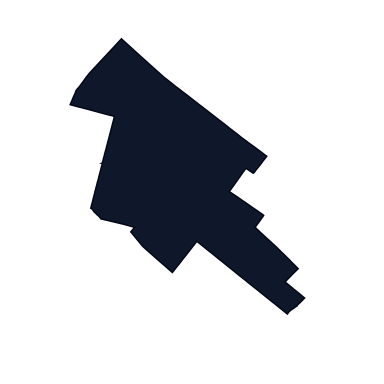 the district of Perisoru, Calarasi, Romania, rotated 128°
{"feature_id": "2599482B98819823315951", "entity_name": "Perisoru", "entity_type": "district", "adm_level": 2, "iso_a3": "ROU", "parent_name": "Romania", "parent_adm1": "Calarasi", "projection": "mercator", "projection_center": [27.524, 44.441], "detail": "fine", "context": "isolated", "style": "filled", "palette": "ink", "viewbox_px": 384, "rotation_deg": 128, "n_neighbors": 0, "source": "geoboundaries", "source_scale": "gbopen_adm2", "svg_char_len": 4832}
<svg xmlns="http://www.w3.org/2000/svg" viewBox="0 0 384 384"><g transform="rotate(128 192 192)"><path d="M183.0,345.9L184.5,345.5L185.9,345.0L187.0,344.7L188.4,344.4L190.8,343.8L192.7,343.2L194.7,342.7L198.2,341.8L197.4,339.9L196.1,336.8L194.6,333.3L194.5,333.2L194.4,333.0L192.5,328.5L190.9,324.9L190.5,323.9L182.8,305.6L181.0,301.7L180.6,300.6L180.2,299.6L180.3,299.6L197.5,292.1L205.4,288.7L207.3,287.9L209.3,287.0L211.1,286.2L213.8,285.1L214.2,284.9L215.6,284.4L216.4,284.0L216.9,283.7L220.1,282.4L222.0,281.5L223.7,280.8L224.4,280.5L224.5,280.5L224.8,280.7L224.6,280.3L225.7,279.8L227.9,278.9L228.7,278.5L230.7,277.6L231.5,277.3L235.2,275.7L236.8,275.0L237.8,274.6L238.1,274.4L240.6,273.3L243.4,272.2L244.8,271.5L246.2,270.9L247.3,270.5L249.2,269.6L250.0,269.3L250.8,269.0L251.7,268.6L252.4,268.2L254.0,267.5L254.6,267.3L256.3,266.5L257.9,265.8L259.8,265.0L261.6,264.1L262.7,263.7L263.7,263.3L265.0,262.7L267.1,261.8L267.0,261.4L267.0,261.2L266.9,260.5L266.9,260.4L267.0,260.2L267.1,259.8L267.4,258.5L267.8,257.3L268.0,256.7L268.0,256.2L268.1,254.7L268.2,254.0L268.4,252.4L268.4,251.4L268.5,250.5L268.6,249.8L268.6,249.3L268.7,249.1L268.8,248.8L268.9,248.4L269.0,248.1L269.1,247.7L269.3,247.3L263.4,234.5L259.6,226.2L255.2,215.5L261.1,215.7L265.2,197.3L265.3,195.4L265.5,193.1L266.4,178.0L267.5,157.9L267.4,157.9L265.2,157.9L263.5,157.9L262.1,157.9L259.9,157.9L258.5,157.9L256.9,157.8L255.4,157.8L254.4,157.8L253.2,157.8L250.5,157.9L248.4,157.9L247.1,157.8L243.2,157.8L241.6,157.8L240.0,157.8L237.5,157.8L235.7,157.8L232.9,157.8L230.8,157.8L227.9,157.8L227.9,156.9L227.9,156.1L228.0,148.3L228.1,142.0L228.1,138.2L228.2,133.0L228.3,130.4L228.3,128.5L228.3,125.8L228.3,124.8L228.4,119.9L228.5,116.0L228.5,115.0L228.5,112.8L228.6,108.2L228.7,103.6L228.7,99.8L228.7,98.6L228.7,96.0L228.8,93.0L228.9,84.4L228.9,80.1L229.0,74.4L229.0,72.9L229.1,69.2L229.1,67.7L229.1,66.2L229.2,60.3L229.2,59.4L229.2,58.8L229.2,56.9L229.3,52.3L229.4,44.1L229.5,42.9L229.4,41.7L227.9,41.8L226.6,41.8L226.0,41.7L224.8,41.5L222.7,40.9L219.0,39.7L217.7,39.5L217.3,39.1L216.2,39.2L215.4,39.2L214.1,39.0L212.6,38.7L210.1,38.4L208.2,38.2L206.2,38.0L206.2,38.3L206.2,39.4L206.1,40.7L206.0,45.3L205.9,49.8L205.9,50.7L205.9,51.7L205.8,53.8L205.8,54.9L205.7,57.5L205.7,58.2L205.6,60.8L205.6,63.3L205.1,63.2L203.7,63.1L203.0,63.0L201.7,62.9L199.3,62.6L197.3,62.4L195.3,62.2L193.3,62.0L192.9,62.0L192.8,61.9L192.6,61.8L192.3,61.8L191.9,61.7L191.3,61.7L187.8,61.2L187.1,61.1L186.8,63.1L186.7,64.3L186.5,65.5L186.4,66.3L186.3,67.1L186.2,68.3L186.0,69.9L185.9,70.9L185.8,71.8L185.6,72.4L185.5,73.1L185.4,73.7L185.3,75.1L185.0,77.8L184.7,80.1L184.6,81.2L184.3,84.2L183.9,87.4L183.8,88.2L183.7,89.2L183.6,90.1L183.5,90.7L183.4,91.8L183.1,95.4L183.0,97.0L182.9,98.2L182.8,98.9L182.8,99.9L182.7,100.4L182.6,102.1L182.5,102.8L182.3,106.2L182.1,108.1L181.9,110.3L181.9,110.8L181.8,111.2L181.8,112.1L181.8,112.3L181.8,112.6L181.4,115.9L181.2,118.4L181.0,119.9L181.0,120.5L178.9,120.6L174.7,120.7L172.2,120.8L167.9,121.0L166.3,121.1L166.2,121.2L166.2,121.3L166.2,121.6L166.4,125.1L166.5,127.1L166.6,129.5L166.7,130.5L167.1,137.4L167.2,139.8L167.3,141.1L167.4,141.9L167.4,142.5L167.4,143.0L167.6,146.2L167.7,147.6L168.0,153.7L168.2,156.1L168.6,161.4L168.7,162.9L168.2,162.9L167.4,163.0L166.5,163.0L165.3,163.0L164.3,163.1L163.4,163.1L162.8,163.1L162.0,163.1L161.0,163.2L160.1,163.2L159.0,163.3L157.7,163.3L156.1,163.4L154.5,163.5L153.3,163.5L152.4,163.6L151.8,163.6L151.1,163.6L150.5,163.6L149.9,163.7L148.6,163.8L146.3,163.9L142.4,164.0L140.1,164.1L139.7,158.1L139.6,155.8L139.5,155.6L139.4,155.3L139.3,155.2L139.2,155.2L138.9,155.1L138.5,155.1L137.9,155.0L137.2,155.0L136.4,155.1L135.2,155.1L134.0,155.1L132.3,155.0L131.2,155.0L130.1,155.0L128.9,155.0L128.0,155.0L126.0,155.0L124.5,155.1L122.6,155.1L121.1,155.1L119.9,155.1L118.6,155.1L117.8,155.1L117.9,157.9L117.9,161.3L118.0,165.9L118.1,169.9L118.2,173.5L118.3,175.7L118.4,177.9L118.4,179.7L118.4,181.1L118.5,182.6L118.6,186.8L118.5,190.6L118.6,202.4L118.5,206.3L118.6,215.7L118.6,217.0L118.6,217.6L118.6,218.4L118.6,223.1L118.6,223.4L118.6,224.4L118.6,225.3L118.6,227.2L118.6,231.2L118.7,233.9L118.6,236.2L118.7,239.4L118.7,241.1L118.7,242.2L118.7,244.6L118.7,247.1L118.7,248.7L118.7,249.6L118.7,251.8L118.7,254.2L118.7,256.0L118.7,257.9L118.7,258.4L118.8,259.6L118.8,261.3L118.8,261.9L118.8,263.6L118.8,264.6L118.8,265.6L118.9,268.2L118.9,269.2L118.9,270.3L118.9,271.1L118.8,273.7L118.8,275.7L118.8,276.1L118.8,278.5L118.8,280.3L118.8,283.0L118.8,284.8L118.4,290.6L118.2,293.8L118.2,294.2L117.8,299.9L117.5,304.3L117.2,308.1L116.8,314.3L116.1,324.1L116.0,324.8L114.8,341.3L114.7,341.9L132.4,343.4L144.3,344.5L153.7,345.3L160.7,345.9L162.2,346.0L164.0,346.0L165.7,346.0L167.1,346.0L171.7,345.8L176.6,345.7L178.6,345.6L180.9,345.8L182.8,345.9L183.0,345.9Z" fill="#0f172a" stroke="#020617" stroke-width="1.5"/></g></svg>